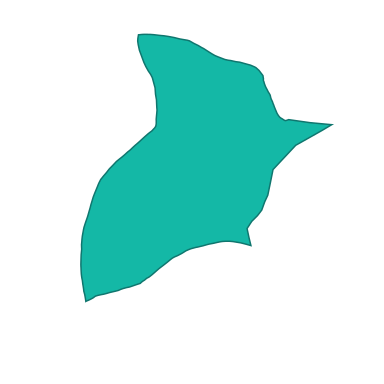 Phalanxay, Savannakhét, Laos (Mercator projection), rotated 201°
{"feature_id": "54806243B24177068581900", "entity_name": "Phalanxay", "entity_type": "district", "adm_level": 2, "iso_a3": "LAO", "parent_name": "Laos", "parent_adm1": "Savannakhét", "projection": "mercator", "projection_center": [105.619, 16.736], "detail": "fine", "context": "isolated", "style": "filled", "palette": "teal", "viewbox_px": 384, "rotation_deg": 201, "n_neighbors": 0, "source": "geoboundaries", "source_scale": "gbopen_adm2", "svg_char_len": 3047}
<svg xmlns="http://www.w3.org/2000/svg" viewBox="0 0 384 384"><g transform="rotate(201 192 192)"><path d="M85.7,304.9L106.8,299.0L127.7,294.2L128.6,293.4L129.6,292.6L130.6,292.0L132.1,292.2L134.3,292.7L135.7,292.9L137.0,293.3L138.5,294.2L139.9,295.2L141.1,296.2L142.1,297.3L143.4,298.6L145.1,300.4L146.1,301.5L146.8,302.4L148.1,303.7L149.2,305.1L151.0,306.8L151.6,307.4L152.6,308.7L153.2,309.7L154.0,310.7L155.5,311.9L156.4,312.5L157.5,313.5L158.7,314.6L160.0,315.7L161.3,316.9L162.8,318.6L163.4,319.3L164.4,320.7L165.1,321.4L165.5,322.1L165.8,323.0L166.0,323.6L166.5,324.3L167.4,326.0L167.8,326.3L168.3,326.6L173.0,329.5L176.9,331.0L178.3,331.2L182.8,331.4L186.7,331.0L194.0,330.3L197.6,329.4L200.2,329.0L203.0,328.6L205.4,328.0L208.8,327.5L216.2,327.5L219.5,327.6L222.8,328.1L225.9,328.7L232.6,330.1L234.7,330.3L238.7,331.0L243.4,331.4L248.6,332.2L250.8,332.0L255.8,331.0L258.3,330.5L264.1,329.8L270.0,328.7L274.1,327.8L278.0,326.7L284.3,325.1L287.3,324.2L292.8,322.2L295.3,321.1L297.2,320.1L298.3,319.6L297.6,316.1L296.8,313.5L295.1,310.4L291.9,305.5L289.8,303.1L286.9,299.8L284.9,297.5L283.3,295.7L280.2,292.7L276.0,289.2L272.8,287.0L270.0,284.5L267.6,281.2L263.8,276.0L262.5,273.2L261.1,270.2L258.2,265.3L257.3,263.2L255.3,258.6L254.0,255.9L253.1,252.8L252.3,249.9L251.5,247.1L250.6,244.9L249.8,242.7L249.4,240.4L249.8,238.5L250.6,236.6L251.2,235.0L251.3,234.9L251.3,234.7L252.6,232.7L253.8,230.7L255.9,226.7L257.7,223.1L259.7,219.1L261.8,215.2L263.2,212.4L264.9,208.8L266.4,206.3L268.5,202.1L270.1,199.2L271.6,196.7L273.5,193.4L275.4,188.7L277.4,184.1L279.0,178.9L280.3,175.3L281.7,171.0L282.1,167.3L282.2,165.4L282.2,163.8L282.3,159.8L282.4,155.5L282.4,151.8L282.1,148.0L281.8,143.7L281.4,140.5L281.3,139.1L281.0,135.6L280.7,132.1L280.6,130.2L280.5,126.7L280.4,124.2L280.2,121.1L280.2,120.5L279.7,117.4L279.4,115.9L278.6,111.6L277.8,108.5L277.1,106.2L276.3,103.3L275.3,100.9L274.5,99.1L273.0,93.7L272.2,91.4L271.5,89.4L270.9,87.7L269.8,84.6L269.1,82.9L268.5,81.6L267.7,79.7L266.9,77.9L265.9,75.7L264.9,73.8L263.8,71.9L262.7,70.2L261.9,68.7L261.0,67.0L259.7,64.8L258.3,62.3L257.5,60.7L255.4,57.8L254.6,56.5L253.3,54.3L251.9,51.8L251.5,52.3L249.9,53.8L248.1,55.7L246.4,57.7L244.9,60.1L242.9,61.7L240.2,63.5L237.9,64.9L235.5,66.6L232.9,68.6L231.3,69.7L227.9,72.0L225.5,73.7L223.6,75.6L221.7,77.2L219.0,79.2L216.3,80.9L213.9,82.9L210.7,85.6L207.5,88.2L207.1,89.2L206.2,90.8L204.7,92.8L203.4,95.2L201.7,97.1L200.6,98.9L199.7,100.4L198.1,103.4L196.5,106.5L195.5,108.4L191.7,114.6L189.8,117.8L188.0,121.0L186.6,123.3L185.0,125.2L182.7,127.4L179.7,130.8L178.3,132.6L176.7,134.8L174.6,136.9L172.6,138.7L168.5,141.7L166.7,142.8L164.4,144.4L162.6,145.6L161.3,146.6L160.1,147.5L158.9,148.4L156.9,149.8L156.7,149.9L153.6,151.8L150.2,154.1L147.7,155.7L146.1,156.6L145.5,156.9L143.1,158.0L139.5,159.4L136.0,160.4L128.2,162.0L123.1,162.6L117.8,163.1L122.5,169.9L127.5,177.6L125.7,186.0L122.4,193.4L120.4,200.1L120.6,208.8L120.1,216.2L122.1,228.4L124.4,242.0L111.9,272.8L92.8,295.9L85.7,304.9Z" fill="#14b8a6" stroke="#0f766e" stroke-width="1.5"/></g></svg>